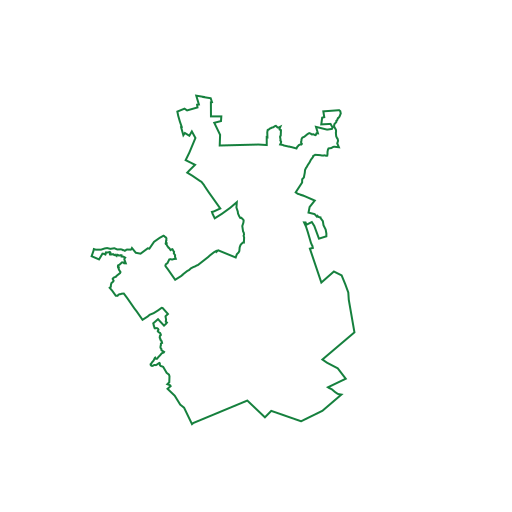 Escuintla, Chiapas, Mexico (Robinson projection), rotated 139°
{"feature_id": "50627088B28564966320854", "entity_name": "Escuintla", "entity_type": "district", "adm_level": 2, "iso_a3": "MEX", "parent_name": "Mexico", "parent_adm1": "Chiapas", "projection": "robinson", "projection_center": [-92.576, 15.351], "detail": "fine", "context": "isolated", "style": "outline", "palette": "green", "viewbox_px": 512, "rotation_deg": 139, "n_neighbors": 0, "source": "geoboundaries", "source_scale": "gbopen_adm2", "svg_char_len": 6135}
<svg xmlns="http://www.w3.org/2000/svg" viewBox="0 0 512 512"><g transform="rotate(139 256 256)"><path d="M195.9,416.2L199.7,407.8L201.2,408.8L202.7,406.5L212.5,411.1L213.3,414.1L220.6,416.6L222.7,412.9L225.3,407.3L227.4,402.1L228.0,402.4L231.6,394.8L229.0,395.5L227.4,390.5L222.7,392.1L224.3,384.8L238.6,377.7L246.2,374.5L242.2,364.8L250.3,364.3L253.2,364.0L251.4,358.4L249.0,349.2L248.5,347.8L248.7,343.6L249.0,342.2L249.9,334.8L251.8,315.3L258.6,317.3L260.3,318.2L261.1,316.3L262.4,311.5L254.0,310.2L243.9,309.3L235.2,309.2L239.0,305.4L240.6,301.5L241.7,299.9L242.6,297.0L242.9,295.0L242.0,294.5L241.8,291.5L242.1,290.8L243.7,289.4L246.7,287.6L249.6,283.1L250.0,281.5L251.0,280.0L252.1,279.4L252.8,277.8L256.3,274.1L256.9,274.7L259.0,274.7L260.6,274.4L262.7,273.2L265.3,270.7L266.8,270.1L269.3,269.9L272.3,268.2L280.8,285.1L283.1,285.1L282.8,285.9L285.2,286.4L290.6,286.7L292.6,286.6L306.0,287.3L306.7,287.7L309.2,288.2L310.3,288.7L313.3,289.4L315.7,289.3L317.7,289.8L323.8,290.1L323.9,289.9L325.7,290.0L332.6,291.1L331.2,304.1L331.0,307.5L330.7,308.2L329.5,308.9L327.5,308.7L323.7,310.3L322.6,309.7L321.7,308.4L319.8,307.5L318.4,306.5L317.6,308.6L316.5,309.7L316.3,311.9L315.1,312.9L315.1,313.5L314.6,316.0L314.9,316.2L316.6,316.5L316.3,318.9L316.6,319.5L316.4,319.9L316.5,321.0L316.0,323.3L316.2,324.2L316.1,324.6L315.7,324.9L315.0,324.4L314.8,324.7L314.7,325.5L314.1,326.4L313.3,326.6L312.7,327.5L312.0,328.1L311.8,329.0L312.2,330.5L312.2,331.3L312.5,332.0L316.8,332.9L323.6,333.6L331.7,331.5L332.6,332.8L341.6,333.5L344.6,337.3L344.4,343.4L345.6,342.9L346.3,342.9L348.9,345.3L349.7,345.8L351.0,345.8L351.7,346.1L352.0,347.2L352.6,347.7L352.8,348.5L353.6,349.7L356.4,351.9L357.8,354.8L361.2,356.9L363.1,359.6L365.1,360.9L368.7,362.4L372.7,365.8L373.8,367.6L375.3,366.5L380.2,363.7L376.7,356.4L370.3,358.5L369.5,357.6L368.7,355.9L367.9,356.3L367.3,357.0L366.9,357.2L365.6,355.9L363.7,355.0L363.6,354.3L363.8,353.8L364.6,353.7L365.2,353.0L364.6,352.3L362.7,351.2L362.8,350.7L362.3,349.8L361.6,349.5L361.8,348.9L361.5,348.5L361.2,348.5L361.0,348.3L361.0,347.5L359.9,348.0L359.3,346.9L359.2,346.3L358.5,345.8L357.9,345.6L357.0,344.8L357.8,343.8L356.5,342.5L355.8,340.6L357.0,340.3L357.6,339.8L359.1,335.9L360.3,337.0L360.4,338.3L361.3,339.1L364.7,339.0L366.3,339.4L367.0,338.8L367.4,338.2L367.1,338.1L366.9,337.5L367.5,337.2L368.4,335.7L368.8,332.8L369.8,332.3L374.5,332.5L375.0,332.2L377.5,333.0L379.0,332.9L379.4,332.3L379.6,330.9L380.2,330.5L380.7,330.4L382.9,330.4L384.4,329.4L385.8,328.0L387.3,328.0L387.3,324.2L387.9,318.0L386.6,316.8L385.4,317.0L384.3,316.8L383.3,316.1L382.0,315.6L380.4,314.4L380.8,308.8L382.2,296.1L382.4,292.5L383.5,282.3L377.4,281.4L374.8,281.4L370.7,280.0L365.6,279.2L361.2,278.8L360.6,278.0L360.5,270.0L363.7,269.9L364.0,269.7L365.5,267.1L367.2,265.6L366.9,264.2L368.2,263.9L371.1,263.8L371.4,272.6L377.7,272.6L378.6,270.8L378.9,270.5L378.9,270.1L379.8,268.3L379.7,267.6L379.1,267.4L378.1,266.6L377.7,265.4L378.0,264.3L379.4,263.8L379.5,262.5L378.9,260.8L379.2,259.7L379.4,259.1L379.9,258.7L380.5,258.9L381.0,258.7L382.3,257.5L382.3,256.8L382.8,256.2L382.7,255.6L383.3,254.8L383.0,254.1L383.2,253.4L383.9,252.0L385.2,252.3L386.5,250.9L386.9,250.8L388.0,249.8L388.3,249.3L388.4,247.9L389.1,247.1L389.1,246.6L388.3,243.9L388.9,243.7L391.0,244.4L393.5,244.0L395.9,243.8L398.1,243.4L398.9,244.0L399.0,244.6L398.8,245.4L399.3,245.4L401.8,244.3L404.6,243.9L406.1,243.3L406.4,243.5L406.9,243.1L407.0,242.4L406.9,241.8L406.7,241.4L406.1,240.9L404.3,240.5L403.1,239.3L402.3,239.1L399.4,238.8L399.0,238.6L399.1,238.0L400.1,236.8L400.2,236.4L400.0,235.3L399.2,234.1L398.8,233.2L400.1,226.4L399.5,223.6L400.2,222.0L404.3,217.6L407.0,217.4L405.6,214.7L405.8,213.8L409.9,213.8L409.0,203.9L410.7,193.5L409.8,188.7L414.6,171.1L412.9,171.1L357.4,152.6L355.1,128.4L346.1,129.1L330.4,101.7L307.4,95.6L282.5,95.4L284.4,97.7L284.8,98.5L285.6,101.5L286.2,105.6L287.5,108.6L287.8,109.7L268.8,104.5L268.0,117.6L272.4,128.8L273.8,134.3L231.8,133.8L214.7,162.1L210.3,167.9L207.2,176.0L204.1,185.2L207.4,193.2L224.1,193.1L210.5,226.2L207.8,224.8L206.7,226.9L206.7,227.4L205.9,229.9L201.2,240.1L199.0,245.3L197.7,249.8L196.6,248.8L197.4,246.5L191.6,245.0L192.3,240.4L197.1,227.8L190.0,224.7L188.2,226.7L186.1,230.2L184.9,234.9L182.7,238.4L182.4,242.3L182.0,242.8L183.2,244.4L183.3,246.0L184.2,245.8L184.3,249.2L187.9,254.3L183.4,257.8L175.3,259.3L180.2,269.6L181.5,271.7L181.3,271.7L183.7,275.6L184.3,278.0L173.0,281.2L171.0,283.4L170.5,283.7L169.2,283.7L167.9,284.1L167.7,284.4L164.6,286.8L162.6,288.7L160.4,289.7L159.6,289.8L157.2,290.7L154.2,291.5L151.5,292.6L148.2,293.3L147.1,294.0L145.7,293.6L145.0,293.6L141.4,290.0L140.6,288.9L139.4,287.7L138.3,287.1L137.3,285.6L136.4,285.0L135.2,286.0L133.8,287.6L131.9,289.1L130.7,289.6L128.4,288.1L126.3,287.7L125.3,287.2L122.1,283.7L120.8,287.7L118.5,289.1L117.5,291.0L117.4,291.4L117.5,292.0L116.9,293.8L114.8,296.7L114.3,297.0L113.2,298.3L112.8,299.1L112.2,302.2L111.6,303.1L110.3,304.1L107.6,304.4L107.2,304.6L106.7,305.3L105.5,305.3L103.8,306.3L103.4,306.1L101.6,306.4L98.5,308.0L97.4,310.0L97.6,311.5L110.3,321.0L113.4,316.0L115.3,317.0L120.4,312.5L113.1,306.8L113.7,303.7L114.0,302.7L115.3,302.1L119.1,304.5L119.7,305.1L126.0,314.1L128.8,307.9L129.8,308.9L131.7,308.1L132.0,308.3L133.0,310.5L133.8,310.8L134.2,311.2L134.4,312.3L135.1,313.7L135.5,313.9L137.2,314.2L141.3,314.3L143.2,314.9L144.1,314.7L145.1,314.2L146.3,313.0L147.1,312.6L147.6,311.9L147.8,310.6L148.2,310.4L148.7,310.4L149.1,310.9L149.9,311.3L151.1,311.6L152.4,311.3L153.0,311.4L154.9,310.6L157.9,315.1L158.5,315.8L158.9,316.6L159.3,316.8L162.6,321.3L162.9,322.2L164.6,324.3L162.8,325.1L161.9,326.0L161.9,327.1L161.1,327.8L159.7,330.1L159.2,330.5L158.4,330.6L154.6,334.6L155.2,335.9L155.1,336.2L154.4,336.8L152.8,337.6L154.7,338.1L155.4,338.8L155.6,341.2L156.2,341.5L158.8,341.9L160.0,342.6L160.7,342.6L161.4,343.0L163.7,343.1L164.1,343.4L164.6,343.4L166.4,341.9L169.5,338.1L169.9,338.7L175.1,332.7L181.0,338.5L210.9,363.2L203.6,371.0L200.1,383.9L193.9,380.8L190.6,384.1L198.4,390.9L189.2,401.6L188.3,401.0L186.7,404.8L191.3,410.3L191.1,410.4L195.9,416.2Z" fill="none" stroke="#15803d" stroke-width="2"/></g></svg>